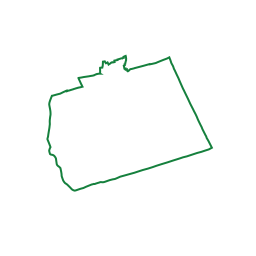 the district of North Gaza, Gaza Strip, Palestine, rotated 122°
{"feature_id": "87354302B69236118899353", "entity_name": "North Gaza", "entity_type": "district", "adm_level": 2, "iso_a3": "PSE", "parent_name": "Palestine", "parent_adm1": "Gaza Strip", "projection": "natural_earth1", "projection_center": [34.487, 31.548], "detail": "fine", "context": "isolated", "style": "outline", "palette": "green", "viewbox_px": 256, "rotation_deg": 122, "n_neighbors": 0, "source": "geoboundaries", "source_scale": "gbopen_adm2", "svg_char_len": 4714}
<svg xmlns="http://www.w3.org/2000/svg" viewBox="0 0 256 256"><g transform="rotate(122 128 128)"><path d="M141.0,209.6L143.1,209.2L145.7,208.7L147.7,208.2L148.8,207.8L149.9,207.2L150.9,206.3L153.4,204.0L154.9,202.7L156.0,201.9L157.2,201.1L157.9,200.7L159.6,200.0L162.6,198.6L164.0,197.8L166.2,196.3L167.7,195.6L169.6,194.7L173.0,193.3L175.6,192.2L177.8,191.2L178.9,190.9L179.6,190.7L180.3,190.3L181.3,188.9L182.9,186.7L184.8,184.2L185.3,183.6L186.1,183.5L186.6,183.5L187.8,183.2L188.7,183.0L189.5,182.4L190.2,181.7L190.8,181.0L191.4,180.3L191.4,179.3L190.9,178.1L190.6,176.8L190.8,175.5L191.4,174.0L192.1,172.9L193.8,171.5L195.2,170.3L196.4,169.3L197.0,168.4L197.3,167.3L197.3,166.5L197.6,164.8L197.8,164.1L198.7,163.2L200.6,161.4L202.2,160.0L203.9,158.8L204.5,158.1L205.8,156.5L206.9,155.1L207.7,153.4L208.1,152.0L208.1,150.7L208.2,149.5L208.6,147.7L209.1,145.5L209.6,143.7L209.8,142.6L209.7,141.2L209.3,139.9L208.2,138.9L205.1,136.4L204.2,135.6L202.5,134.0L200.0,132.4L197.4,130.5L195.2,128.9L194.3,128.0L193.6,127.4L193.1,126.5L192.4,126.0L191.2,125.0L189.5,123.5L188.7,122.9L188.2,122.3L187.6,121.0L186.9,120.0L185.9,119.1L181.9,115.9L179.6,113.7L178.2,112.1L177.1,111.3L175.8,110.4L173.4,108.8L169.6,105.3L166.2,102.2L162.6,98.9L159.6,96.4L155.8,93.2L151.9,89.6L147.9,86.2L145.0,83.9L140.9,80.4L136.2,76.3L132.0,72.8L127.8,69.2L125.9,67.6L123.7,65.8L120.8,63.0L117.9,60.6L112.5,56.1L109.4,53.2L106.0,50.4L103.3,48.1L100.3,46.4L98.6,49.2L96.2,53.2L94.7,56.1L93.7,57.2L92.9,58.7L89.5,64.3L88.1,66.2L87.3,67.6L86.3,69.2L85.0,71.3L83.7,73.3L81.9,75.8L80.3,78.3L78.5,81.4L77.7,82.6L77.3,83.3L74.5,88.0L71.4,92.7L67.4,99.1L66.3,100.8L66.0,101.4L65.9,101.5L65.5,102.2L62.8,106.2L61.3,108.4L60.1,110.1L59.1,111.5L56.9,115.0L54.4,118.8L53.4,120.5L52.2,121.9L51.5,122.9L50.9,124.0L50.0,125.6L48.9,126.9L47.9,128.1L46.9,129.5L46.2,130.4L48.2,131.6L49.3,132.4L51.5,134.1L54.5,136.3L54.9,136.6L55.5,137.0L56.7,137.9L57.8,138.6L58.0,138.8L58.3,139.0L59.0,139.7L61.1,141.8L62.6,143.4L62.4,143.6L66.9,147.7L70.2,150.8L73.8,154.2L74.0,154.3L75.7,155.9L76.0,156.2L76.1,156.3L76.2,156.5L76.3,156.6L76.5,156.8L76.7,157.0L76.8,157.1L77.1,157.2L77.2,157.3L77.4,157.4L77.5,157.4L77.7,157.5L78.4,157.6L78.5,157.7L78.9,157.7L79.1,157.8L79.3,157.9L79.6,158.0L79.8,158.1L80.0,158.2L80.0,158.3L79.6,158.8L79.8,159.0L79.4,159.5L79.1,159.9L78.9,160.0L79.8,160.9L79.6,161.1L79.4,161.0L79.2,161.1L78.8,161.5L79.0,161.7L79.1,161.8L79.2,162.0L79.3,162.0L79.4,161.9L79.5,162.0L79.7,162.3L79.6,162.5L78.8,163.2L78.6,163.4L78.4,163.6L78.0,164.0L77.9,164.0L77.7,164.3L77.4,164.6L77.2,164.5L77.2,164.4L76.9,164.4L76.7,164.3L76.3,164.1L75.8,164.6L75.6,164.4L75.5,164.2L75.3,164.0L75.2,164.0L75.3,164.0L75.2,164.2L75.2,164.3L74.0,164.8L73.9,164.9L73.7,164.9L73.6,165.0L72.7,165.2L72.2,165.4L71.8,165.5L71.6,165.5L71.4,165.6L71.1,165.8L70.9,166.0L70.6,166.1L70.4,166.2L70.2,166.3L69.8,166.6L69.6,166.8L69.4,167.0L69.1,167.2L68.9,167.3L68.8,167.5L68.7,167.6L68.1,168.2L68.6,168.6L69.6,169.2L70.0,169.5L70.5,169.0L70.7,168.8L71.2,169.3L71.7,169.7L71.8,169.7L71.8,169.8L72.2,170.2L72.3,170.4L72.5,170.6L73.2,171.2L73.5,171.4L73.8,171.7L74.0,171.9L74.4,172.2L74.8,172.6L75.2,172.9L75.5,173.2L75.9,172.9L76.7,173.7L77.3,174.5L77.6,174.8L78.1,175.3L78.4,175.1L78.6,174.8L79.2,174.3L79.8,174.9L79.9,175.0L80.0,175.1L80.5,175.7L80.6,175.8L80.6,176.1L80.6,176.3L81.2,176.7L81.4,176.8L81.5,176.9L81.7,177.0L81.8,177.0L82.0,177.0L82.4,177.2L82.8,177.3L83.1,177.4L83.5,177.6L84.0,177.9L84.5,178.1L83.3,179.9L83.2,180.1L84.8,181.0L84.7,181.3L84.6,181.6L84.5,181.8L84.4,182.0L84.2,182.4L84.1,182.5L83.8,183.0L85.0,184.4L85.9,183.9L86.8,183.4L88.0,182.7L88.3,182.6L88.6,182.5L88.9,182.3L89.4,182.2L89.5,182.1L89.9,182.0L90.4,181.8L91.0,182.6L91.2,182.9L91.7,183.6L91.8,183.6L93.3,182.6L94.8,181.6L96.7,180.5L96.7,180.4L97.4,181.5L98.1,182.3L98.3,182.5L98.5,182.7L98.7,182.9L98.8,183.1L99.0,183.2L99.1,183.3L99.3,183.4L99.4,183.5L99.6,183.7L99.8,183.8L101.0,184.6L101.3,184.7L101.4,184.9L101.6,185.0L101.8,185.2L101.9,185.3L102.1,185.5L102.3,185.6L102.5,185.9L103.7,187.3L105.0,188.7L106.6,190.6L108.3,192.6L109.9,194.3L111.8,196.5L112.0,196.4L113.0,194.9L113.5,194.1L115.1,191.7L115.4,191.3L115.8,190.5L116.3,189.8L116.7,189.2L117.1,188.5L118.5,189.8L119.3,190.6L119.5,190.9L119.9,191.3L120.2,191.5L120.4,191.8L120.7,192.0L121.0,192.3L121.5,192.7L122.0,193.2L122.5,193.6L123.0,194.0L123.5,194.5L124.1,194.9L124.3,195.1L126.7,197.2L127.0,197.4L127.2,197.6L127.4,197.8L127.9,198.3L128.1,198.5L128.4,198.8L128.7,198.9L128.9,199.1L129.0,199.2L129.2,199.3L129.3,199.4L128.8,199.8L129.1,200.0L129.3,200.2L129.5,200.3L129.7,200.5L129.9,200.6L130.1,200.7L131.9,201.9L134.8,203.7L137.3,206.1L140.5,209.0L141.0,209.6Z" fill="none" stroke="#15803d" stroke-width="2"/></g></svg>